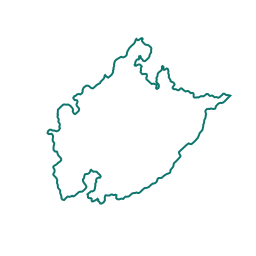 Kinneret, HaZafon, Israel (Equal Earth projection), rotated 47°
{"feature_id": "584046B15624900320210", "entity_name": "Kinneret", "entity_type": "district", "adm_level": 2, "iso_a3": "ISR", "parent_name": "Israel", "parent_adm1": "HaZafon", "projection": "equal_earth", "projection_center": [35.507, 32.776], "detail": "fine", "context": "isolated", "style": "outline", "palette": "teal", "viewbox_px": 256, "rotation_deg": 47, "n_neighbors": 0, "source": "geoboundaries", "source_scale": "gbopen_adm2", "svg_char_len": 5737}
<svg xmlns="http://www.w3.org/2000/svg" viewBox="0 0 256 256"><g transform="rotate(47 128 128)"><path d="M68.6,61.1L68.7,61.9L69.0,62.7L69.8,64.1L70.4,66.2L70.3,69.1L70.4,72.2L70.9,74.0L71.4,75.6L72.3,77.6L73.3,78.5L73.8,79.7L73.8,81.3L73.5,82.5L72.9,83.6L71.5,84.2L71.0,85.1L70.8,86.7L70.2,88.7L70.0,91.2L70.5,92.7L72.0,94.9L73.1,95.6L73.6,96.7L74.2,97.8L75.2,98.3L75.6,99.7L76.8,100.5L77.4,102.0L77.8,103.2L77.9,105.5L77.7,107.5L77.6,108.2L75.3,108.7L73.7,108.6L73.7,109.2L74.2,110.0L74.9,110.8L75.2,111.7L75.4,112.7L75.5,116.5L76.1,117.7L75.8,119.1L75.3,120.9L75.2,122.6L75.2,124.6L75.2,126.2L74.7,127.1L73.4,127.7L71.2,127.9L69.7,128.4L68.6,129.6L68.2,132.6L68.9,134.6L69.6,135.7L70.5,136.3L71.2,138.1L70.9,140.0L69.5,140.8L68.8,142.1L68.7,144.4L68.2,145.3L68.5,147.3L69.3,147.8L71.1,147.9L72.4,146.9L73.2,146.4L74.3,146.9L74.9,147.9L75.6,149.6L76.7,150.3L80.2,150.5L81.1,151.0L81.9,152.6L81.9,156.1L81.7,157.3L80.4,157.7L78.2,157.1L76.9,155.5L75.2,155.1L72.6,155.0L70.1,155.7L68.6,157.5L67.1,158.7L66.7,160.1L66.7,162.3L66.8,166.7L67.6,167.7L68.6,168.4L69.6,170.0L70.7,170.2L71.3,171.5L71.7,172.0L74.2,172.7L74.8,173.1L75.6,174.4L76.6,174.8L78.2,175.0L79.3,175.8L80.3,177.5L81.8,177.9L82.3,179.6L82.4,180.9L81.6,182.6L79.7,183.5L78.6,184.8L77.6,185.1L76.7,185.5L75.8,186.6L75.8,188.6L76.8,190.3L78.3,190.2L79.4,189.0L79.9,188.0L80.6,187.8L82.1,188.0L83.4,188.8L84.2,190.0L85.8,191.7L87.3,192.1L88.6,192.1L89.6,193.1L90.7,195.0L91.7,195.9L92.5,196.8L93.5,197.4L95.6,197.3L96.5,196.3L97.2,196.1L98.3,196.8L100.2,197.6L104.6,197.7L105.9,198.7L106.2,200.0L105.8,203.1L105.9,204.8L105.3,207.7L105.3,208.9L106.0,209.6L107.9,210.0L108.9,210.5L110.0,211.8L110.2,212.5L110.6,213.8L111.2,214.5L112.4,214.6L115.6,214.5L118.0,215.4L118.9,216.5L119.4,217.2L122.0,218.3L122.9,219.3L124.2,220.0L125.9,220.1L127.2,220.1L129.4,222.0L131.2,222.7L132.5,223.3L134.0,224.6L135.7,224.8L137.1,223.8L136.9,221.1L136.9,219.0L137.6,218.4L138.5,217.7L139.0,216.7L139.5,215.1L140.6,214.8L141.0,214.2L141.2,212.7L141.3,209.6L141.4,207.4L142.0,206.5L143.3,204.8L143.4,203.2L143.4,201.0L143.0,198.9L142.2,198.2L140.9,197.9L137.6,197.5L135.9,197.0L134.9,196.0L134.6,194.2L133.6,193.0L132.5,191.2L132.9,190.3L134.0,188.8L134.5,187.6L134.1,185.4L133.3,184.3L133.4,183.5L136.3,183.2L137.5,181.7L138.6,180.8L140.8,180.8L143.3,180.5L144.9,181.1L145.2,182.5L144.1,183.4L143.6,185.5L144.6,187.2L145.8,187.8L146.2,189.4L146.7,190.3L147.8,190.9L148.4,192.1L149.5,193.2L150.6,195.1L150.2,197.1L149.1,198.2L148.8,202.8L149.3,202.8L151.5,204.6L152.3,204.5L153.1,204.0L154.0,203.0L155.1,202.9L156.2,204.1L157.3,204.3L158.0,203.3L158.7,200.9L158.9,199.7L159.0,198.6L160.0,198.5L160.8,199.5L161.8,199.5L162.2,199.3L164.2,199.8L165.1,199.1L165.6,197.4L165.6,195.9L165.1,194.2L163.1,192.5L162.4,191.5L161.9,190.4L162.5,189.7L163.3,189.1L164.7,187.7L165.0,186.6L165.1,185.7L165.9,184.9L166.8,184.6L167.6,183.7L168.4,182.5L169.2,182.2L170.0,183.2L171.4,184.5L172.6,184.4L174.0,183.4L175.1,181.1L175.8,180.4L176.6,179.9L176.5,178.9L176.5,176.6L177.6,175.5L178.6,174.1L178.7,169.6L179.4,168.3L180.4,167.1L180.9,165.8L182.2,165.2L182.9,164.5L183.2,163.1L183.1,158.5L183.4,156.5L184.5,155.3L185.3,153.2L185.3,150.2L185.5,147.9L186.7,146.2L186.9,144.2L186.4,142.6L185.5,141.4L185.4,139.9L186.7,138.3L187.4,137.5L187.5,133.7L188.1,131.0L188.8,129.6L189.3,127.9L188.9,126.8L187.7,125.6L187.1,121.3L186.5,120.4L185.1,118.6L185.1,114.8L184.7,109.3L183.9,108.4L182.3,108.2L180.4,107.3L180.3,106.3L180.3,96.8L180.6,94.2L182.0,93.5L182.9,92.8L183.2,91.6L183.2,87.9L182.8,83.6L182.2,82.2L181.2,80.2L180.6,78.9L180.4,76.7L180.2,74.9L179.1,73.4L178.4,72.2L177.5,71.3L176.9,70.7L176.4,69.5L175.7,68.3L174.7,67.4L174.1,66.4L173.5,64.6L172.8,63.6L171.9,62.8L171.4,61.6L170.1,61.0L168.6,60.1L168.0,58.9L168.0,57.3L168.8,56.2L170.0,55.1L170.0,54.5L170.4,53.9L171.4,53.3L172.6,52.3L173.3,50.9L172.7,49.9L172.1,48.9L171.8,46.0L172.0,44.4L172.7,43.2L173.6,42.5L174.3,40.9L174.4,39.1L174.2,35.6L174.1,31.2L172.6,32.0L170.9,33.7L169.7,33.9L168.5,34.3L167.8,35.2L168.0,36.8L167.9,39.8L167.6,41.2L165.6,42.3L164.9,43.4L164.1,43.9L162.8,43.9L161.6,44.4L160.4,46.2L159.0,46.4L157.7,46.4L156.7,47.3L156.6,49.1L156.4,50.5L156.1,51.5L155.3,52.1L154.5,52.9L153.7,55.7L152.8,56.3L152.3,57.3L151.2,58.5L150.3,58.8L149.3,58.2L148.3,57.1L146.9,56.6L146.0,57.1L145.2,58.4L142.5,58.6L141.6,59.1L140.5,61.0L138.4,61.5L135.8,61.7L135.1,62.2L134.9,65.3L133.7,66.1L132.2,66.6L131.6,67.3L130.5,68.2L129.0,68.0L128.6,67.2L128.0,64.3L127.0,63.8L125.7,63.8L124.3,64.4L123.4,64.9L122.9,64.9L122.1,64.3L121.2,64.1L119.3,63.7L118.5,63.5L117.6,62.3L116.8,61.7L115.6,61.4L115.0,60.8L114.2,59.8L112.5,58.8L111.5,58.7L110.9,59.1L110.5,60.9L110.1,62.0L109.7,62.1L108.7,61.5L107.3,60.3L106.3,60.5L106.3,61.4L107.5,62.4L108.3,63.4L108.6,64.8L108.3,67.5L108.6,69.2L110.3,71.3L110.7,73.0L111.3,73.5L112.3,73.9L113.4,75.8L114.7,75.9L117.3,76.0L118.7,77.1L119.5,78.4L119.2,80.1L118.5,80.4L117.8,80.2L117.2,79.1L116.0,77.8L115.2,77.8L114.3,78.4L113.2,78.8L112.4,80.0L111.9,80.7L109.7,80.9L107.6,81.0L105.1,81.3L103.8,80.5L103.2,79.1L102.3,78.2L101.2,77.7L100.2,78.4L99.2,79.9L98.2,80.9L96.5,80.8L95.8,80.7L95.1,80.1L94.9,79.4L94.2,78.7L93.2,78.1L92.7,77.1L92.3,75.9L90.9,75.9L89.6,76.0L88.9,76.8L88.3,78.0L88.1,79.4L87.3,80.3L86.4,80.2L86.1,79.1L85.0,78.0L84.5,76.9L84.1,75.3L84.2,74.4L85.2,73.4L84.9,72.7L84.2,72.1L83.2,70.9L83.8,69.9L84.4,70.0L85.2,70.8L86.8,70.9L87.5,70.7L89.2,71.1L90.1,70.6L90.7,69.7L90.8,68.3L90.8,65.9L90.7,64.9L90.4,63.7L89.7,62.9L89.1,61.8L88.7,60.7L88.6,59.7L87.7,58.8L86.8,58.0L85.7,56.6L84.7,56.3L81.9,56.5L80.5,57.0L79.9,57.7L79.0,58.4L77.0,58.6L75.3,58.6L74.0,58.4L73.2,57.7L72.9,56.5L72.0,56.4L71.5,56.9L71.2,58.3L71.0,59.8L70.7,60.7L70.3,61.1L68.6,61.1Z" fill="none" stroke="#0f766e" stroke-width="2"/></g></svg>